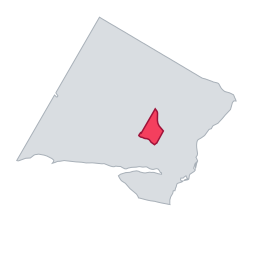 Al Minya highlighted on a map of Egypt, rotated 120°
{"feature_id": "EGY-1545", "entity_name": "Al Minya", "entity_type": "Governorate", "adm_level": 1, "iso_a3": "EGY", "parent_name": "Egypt", "parent_adm1": "", "projection": "natural_earth1", "projection_center": [30.491, 28.195], "detail": "fine", "context": "in_parent", "style": "filled", "palette": "rose", "viewbox_px": 256, "rotation_deg": 120, "n_neighbors": 0, "source": "natural_earth", "source_scale": "10m", "svg_char_len": 3544}
<svg xmlns="http://www.w3.org/2000/svg" viewBox="0 0 256 256"><g transform="rotate(120 128 128)"><path d="M211.8,208.1L207.2,208.1L202.7,208.1L198.1,208.1L193.6,208.1L189.0,208.1L184.4,208.1L179.9,208.1L175.3,208.1L170.7,208.1L166.2,208.1L161.6,208.1L157.0,208.1L152.5,208.1L147.9,208.1L143.3,208.1L138.8,208.1L136.2,208.1L136.6,206.6L136.9,205.6L136.6,204.9L135.7,204.7L135.1,204.9L133.7,208.0L133.0,208.1L131.4,208.1L126.1,208.1L120.8,208.1L115.5,208.1L110.1,208.1L104.8,208.1L99.5,208.1L94.2,208.1L88.9,208.1L83.6,208.1L78.2,208.1L72.9,208.1L67.6,208.1L62.3,208.1L57.0,208.1L51.7,208.1L46.3,208.1L46.4,204.4L46.4,200.7L46.5,196.9L46.5,193.2L46.5,189.5L46.6,185.8L46.6,182.0L46.6,178.3L46.7,174.6L46.7,170.9L46.8,167.2L46.8,163.4L46.9,159.7L46.9,156.0L46.9,152.3L47.0,148.5L47.0,144.8L47.1,141.1L47.1,137.4L47.2,133.6L47.2,129.9L47.2,126.2L47.3,122.5L47.3,118.7L47.4,115.0L47.4,111.3L47.5,107.6L47.5,103.8L47.6,100.1L47.6,96.4L47.7,92.6L47.7,88.9L47.6,88.2L46.9,85.7L46.3,82.5L45.6,78.5L45.5,77.2L44.3,73.2L44.2,72.0L44.5,71.2L46.6,67.8L47.3,66.1L47.8,64.1L48.0,62.5L47.4,60.0L46.8,57.7L46.6,55.5L46.5,53.2L47.6,51.7L48.8,50.2L49.3,49.3L50.1,48.4L50.6,47.9L51.6,49.9L53.7,50.3L60.7,48.5L68.3,50.3L72.5,51.0L79.0,52.5L83.0,55.2L84.0,55.6L86.9,55.5L88.7,57.1L96.2,57.9L100.1,59.7L102.4,61.1L103.7,61.6L104.9,61.5L106.5,61.0L108.6,60.0L110.8,58.6L115.4,55.0L117.0,54.4L118.1,54.5L119.4,54.5L119.9,53.5L120.6,52.8L121.0,52.1L121.7,51.2L124.1,50.9L128.9,49.4L128.4,50.1L124.0,51.8L125.9,52.1L127.8,51.5L130.0,51.1L130.3,50.3L130.6,48.9L131.1,48.7L132.6,49.0L137.0,51.2L138.2,51.2L141.3,50.0L142.0,49.8L143.0,50.4L145.4,53.1L144.5,53.0L142.0,50.8L141.8,51.9L140.4,53.9L142.2,54.8L143.6,55.1L144.4,56.2L144.9,57.2L146.3,56.8L147.3,55.4L146.8,54.7L146.4,53.9L146.9,53.9L147.9,54.5L150.8,57.1L151.7,57.6L152.8,57.5L155.1,56.8L155.8,56.9L158.9,56.0L159.2,56.7L159.7,57.4L162.2,56.6L166.2,56.6L169.4,55.8L173.1,53.7L173.3,53.4L173.5,53.9L174.0,55.3L175.2,58.8L176.2,61.6L177.4,65.5L177.8,66.9L178.0,67.9L179.8,72.2L180.9,75.6L181.7,78.5L182.8,82.6L183.3,84.0L182.5,84.8L181.0,87.5L179.5,96.0L177.2,102.6L177.0,106.8L176.6,108.3L175.5,110.4L174.2,112.4L171.8,111.4L167.8,107.7L165.5,104.3L163.1,102.1L160.8,99.1L160.1,97.0L160.1,95.6L159.1,92.3L158.4,90.7L155.5,87.2L154.7,85.3L154.1,84.5L153.5,83.3L152.4,78.7L151.3,75.8L150.0,76.6L150.3,77.8L149.2,79.5L148.5,81.5L149.0,83.1L151.3,85.5L151.8,86.6L152.4,88.9L152.3,92.1L152.7,93.1L154.4,95.5L155.0,96.9L155.4,98.1L156.0,99.2L157.7,101.2L160.2,105.1L162.5,107.7L164.2,109.0L164.9,110.2L165.1,113.5L165.0,115.0L166.5,118.0L167.1,119.5L168.5,120.7L169.2,122.1L169.8,124.3L170.8,130.9L172.0,132.6L175.9,141.3L179.2,146.8L180.8,151.0L183.3,156.0L188.1,167.0L190.9,170.4L192.1,172.3L194.1,173.8L196.4,175.9L194.3,175.7L193.7,175.8L193.0,176.2L192.7,177.5L192.5,178.5L192.8,184.1L193.4,187.0L195.3,192.3L196.7,194.0L197.4,195.0L198.4,195.8L202.8,197.6L205.4,201.5L211.2,206.4L211.8,207.8L211.8,208.1Z" fill="#d9dde1" stroke="#a8b0b8" stroke-width="1"/><path d="M97.8,114.0L98.8,111.7L99.5,110.6L100.5,109.8L106.8,106.3L108.9,104.6L110.6,102.2L112.9,95.9L126.8,95.6L127.1,95.9L129.2,96.7L128.8,100.7L128.7,101.1L128.0,102.5L127.6,103.6L127.5,103.9L127.5,104.2L127.5,104.4L127.6,105.2L127.7,105.9L127.7,106.1L127.8,106.3L128.5,107.8L128.7,108.5L128.8,108.9L128.9,110.5L129.0,110.9L129.3,111.8L129.4,112.1L129.5,112.6L129.5,113.0L129.2,114.8L127.7,115.0L126.8,114.7L126.7,114.7L126.1,114.8L125.9,114.8L125.5,114.6L125.6,114.4L125.7,114.0L97.8,114.0Z" fill="#f43f5e" stroke="#9f1239" stroke-width="1.5"/></g></svg>